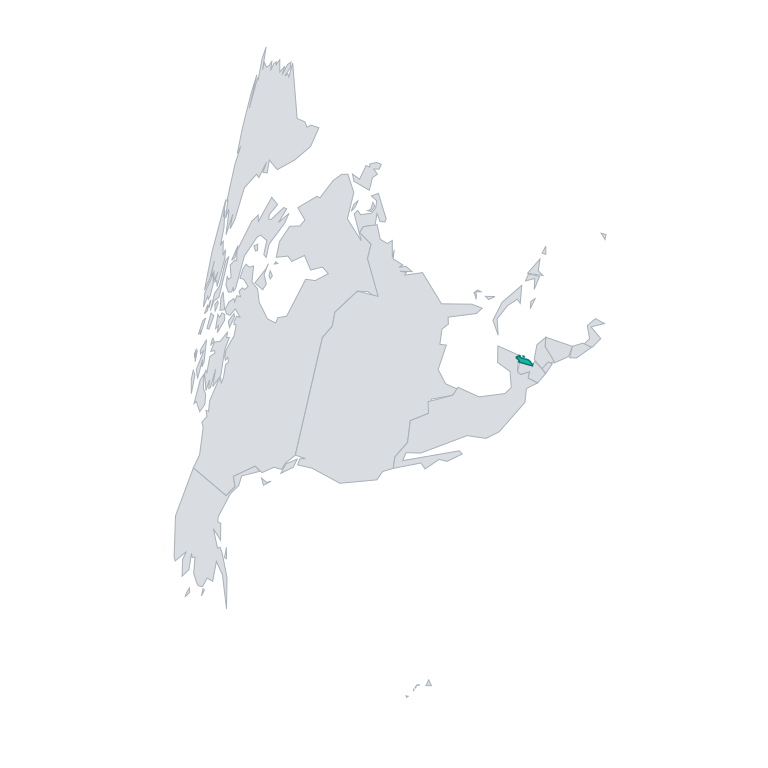 Belize highlighted on a map of North America, rotated 284°
{"feature_id": "BLZ", "entity_name": "Belize", "entity_type": "country or territory", "adm_level": 0, "iso_a3": "BLZ", "parent_name": "North America", "parent_adm1": "", "projection": "equal_earth", "projection_center": [-88.465, 17.185], "detail": "fine", "context": "in_parent", "style": "filled", "palette": "teal", "viewbox_px": 768, "rotation_deg": 284, "n_neighbors": 17, "source": "natural_earth", "source_scale": "50m", "svg_char_len": 9750}
<svg xmlns="http://www.w3.org/2000/svg" viewBox="0 0 768 768"><g transform="rotate(284 384 384)"><path d="M293.6,315.2L283.4,307.5L276.3,305.2L276.6,297.3L268.5,287.1L273.1,278.9L257.9,260.2L248.5,264.3L237.4,257.8L256.5,219.3L270.8,222.2L298.4,219.0L302.9,216.5L309.8,220.1L315.4,217.7L314.9,220.4L325.3,218.9L346.3,222.2L350.6,224.0L345.1,225.9L351.4,226.7L364.4,225.6L367.7,227.9L372.0,225.9L368.7,224.3L371.3,223.1L378.6,222.5L394.7,226.9L405.6,226.3L405.4,224.0L408.6,223.4L414.0,224.6L413.8,228.2L421.0,221.6L413.4,217.9L414.0,214.1L418.2,211.7L426.1,213.7L430.7,217.6L427.5,219.3L434.1,220.0L434.0,223.7L438.8,220.9L443.0,223.2L442.0,226.0L445.5,228.6L451.7,222.6L451.8,218.6L462.0,219.4L466.9,221.2L464.7,225.0L467.0,228.9L451.2,231.1L445.7,238.3L433.0,243.2L419.1,255.1L416.9,264.1L422.7,264.9L426.1,273.1L466.7,282.7L467.7,292.3L477.6,303.2L482.6,296.0L476.8,285.2L489.5,275.8L480.6,264.8L484.9,259.9L480.9,248.8L497.0,248.2L514.2,254.4L516.9,264.1L524.0,267.6L534.2,257.7L550.0,273.7L549.1,276.8L569.1,285.4L577.2,292.3L578.8,298.2L562.5,308.4L535.4,308.5L517.4,327.3L541.9,313.9L546.1,316.6L542.6,320.3L546.8,330.6L552.9,333.4L560.1,332.6L563.5,326.3L567.6,332.4L544.9,346.1L541.4,345.7L540.7,340.8L547.8,336.0L535.9,336.9L531.7,325.9L525.1,323.8L516.6,337.6L501.7,337.7L468.8,357.1L465.5,355.3L469.8,346.0L467.6,335.7L441.8,319.0L427.7,319.9L414.2,313.0L293.6,315.2ZM458.4,248.2L461.2,246.2L466.4,246.2L462.0,249.5L458.4,248.2ZM471.0,208.9L467.2,206.2L483.0,208.8L475.7,208.7L471.0,208.9ZM475.2,251.8L473.9,248.5L476.5,249.5L475.2,251.8ZM424.3,202.5L422.4,203.6L413.5,202.6L420.3,200.6L424.3,202.5ZM423.9,195.9L416.3,195.8L415.5,195.1L422.1,195.2L423.9,195.9ZM408.7,192.8L418.5,193.8L412.7,195.1L408.7,192.8ZM470.2,202.6L428.2,202.9L423.5,198.9L413.0,197.8L431.1,197.7L439.0,200.7L465.7,200.5L470.2,202.6ZM362.8,194.6L372.0,194.7L359.9,195.4L362.8,194.6ZM367.2,192.8L373.0,193.4L363.6,193.8L367.2,192.8ZM580.1,302.6L576.7,310.7L591.6,313.8L591.1,317.8L594.0,316.9L597.2,323.3L596.4,328.2L591.4,327.4L590.1,322.1L586.0,326.9L581.5,322.8L568.4,322.9L573.4,305.8L580.1,302.6ZM450.9,234.3L467.3,241.6L472.8,242.7L461.4,241.1L452.5,245.6L446.1,243.5L450.9,234.3ZM467.9,211.3L477.7,209.1L510.1,216.4L517.5,221.1L511.4,222.8L538.0,229.9L532.3,237.3L520.7,231.7L516.1,232.2L516.1,234.5L531.0,244.1L530.4,247.2L515.2,242.6L526.6,250.5L516.0,248.7L492.0,238.7L478.3,239.1L480.4,236.1L494.9,235.5L498.6,228.2L495.7,225.3L474.7,217.6L440.7,216.8L437.8,215.6L441.4,214.1L436.5,214.0L435.5,210.7L441.6,206.7L450.3,205.9L447.9,207.8L450.6,209.8L462.2,206.0L468.3,209.2L467.9,211.3ZM415.8,207.0L428.1,205.0L434.5,205.7L417.6,211.3L415.8,207.0ZM328.0,199.4L341.6,195.9L351.2,195.6L347.3,198.3L328.0,199.4ZM256.6,291.6L263.1,287.9L260.1,293.8L262.5,298.0L256.6,291.6ZM386.8,191.9L401.6,192.9L405.0,195.0L387.4,193.9L390.6,193.2L386.8,191.9ZM290.1,317.9L281.3,316.1L272.3,305.5L282.7,308.1L290.1,317.9ZM319.0,204.4L343.6,204.7L349.9,206.9L336.3,209.8L330.7,213.5L321.0,215.1L312.5,211.9L321.6,206.2L319.0,204.4ZM372.2,197.6L384.2,201.1L361.7,204.1L356.5,203.2L363.7,202.0L344.1,201.8L352.8,198.4L373.0,201.1L368.9,198.6L372.2,197.6ZM373.7,208.0L383.6,209.3L385.9,214.8L396.9,219.7L391.1,220.0L391.8,222.7L379.5,221.2L352.8,223.5L340.0,218.4L357.7,217.0L338.7,216.4L337.2,215.1L345.7,213.7L334.6,212.9L350.8,207.3L354.1,207.9L352.0,209.4L368.4,208.4L373.4,212.6L375.4,211.3L373.7,208.0ZM400.6,209.2L397.1,207.2L411.3,206.0L408.8,208.3L413.8,209.7L413.0,212.6L407.2,213.9L393.4,209.8L400.6,209.2ZM380.1,206.5L384.7,206.4L387.1,207.0L383.7,209.1L380.1,206.5ZM395.0,198.8L410.9,199.0L409.1,202.4L394.9,200.9L395.0,198.8ZM415.1,190.2L428.9,188.1L449.9,191.8L439.6,194.1L427.2,194.0L423.7,193.1L426.4,191.7L415.1,190.2ZM431.6,187.1L470.1,185.2L524.9,185.9L507.1,187.7L514.0,187.7L496.7,190.9L478.5,191.8L483.0,192.1L480.8,192.5L483.6,193.5L469.9,196.6L476.1,197.7L467.5,199.2L438.1,198.5L443.7,196.7L442.1,195.0L452.8,195.8L443.1,193.9L452.2,191.8L446.3,190.0L462.5,189.6L444.2,189.5L431.6,187.1ZM489.2,227.6L483.0,229.0L481.9,227.1L486.4,224.4L489.2,227.6ZM407.2,217.7L416.0,221.4L413.7,222.7L401.4,220.4L407.2,217.7ZM543.7,310.4L550.9,311.3L556.0,314.6L548.1,313.0L543.7,310.4ZM548.2,326.1L550.1,328.8L557.5,329.4L554.1,332.1L548.2,329.7L548.2,326.1Z" fill="#d9dde1" stroke="#a8b0b8" stroke-width="1"/><path d="M293.6,315.2L414.2,313.0L427.7,319.9L441.8,319.0L467.6,335.7L467.6,357.1L501.7,337.7L516.6,337.6L525.1,323.8L531.7,325.9L536.9,338.8L523.5,345.3L521.1,353.2L525.3,357.3L508.7,361.5L516.7,361.5L507.6,362.6L504.0,373.5L500.9,370.2L503.5,376.8L499.8,384.1L497.3,372.3L497.7,378.8L494.6,377.8L501.4,394.4L475.7,420.4L482.7,449.9L481.3,460.9L474.7,456.6L464.4,430.0L457.7,432.0L451.4,427.0L436.0,428.6L436.8,435.1L411.2,433.0L399.1,443.7L396.8,456.8L389.6,453.3L380.8,433.6L366.3,434.3L354.8,418.4L333.0,421.0L316.0,412.2L304.4,413.4L298.8,403.9L289.3,400.3L277.0,365.2L284.9,334.7L284.6,319.7L291.2,320.5L292.5,325.8L293.6,315.2ZM256.5,219.3L237.4,257.8L248.5,264.3L257.9,260.2L273.1,278.9L269.2,284.5L260.4,268.1L250.4,267.6L240.2,261.4L214.9,255.2L210.1,256.1L209.3,259.3L192.9,263.2L202.3,253.4L184.3,262.3L186.0,264.5L180.5,268.0L158.1,278.5L127.7,285.6L159.8,273.4L171.3,264.3L151.2,265.5L152.8,259.3L143.4,256.9L143.4,252.4L146.6,249.8L154.2,245.2L170.3,242.5L169.3,239.8L173.2,238.2L156.6,239.6L148.7,234.6L164.7,231.0L173.6,232.8L161.8,224.2L165.3,222.2L205.7,213.6L256.5,219.3ZM129.3,242.4L133.6,242.8L139.1,244.5L135.0,245.9L129.3,242.4ZM101.6,497.7L107.7,499.0L102.7,503.0L101.6,497.7ZM100.2,488.9L100.7,491.8L99.6,489.5L100.2,488.9ZM97.2,487.5L99.4,488.5L96.7,488.3L97.2,487.5ZM92.9,486.9L95.3,486.8L95.0,487.2L92.9,486.9ZM86.7,480.7L86.9,483.0L85.4,481.8L86.7,480.7ZM134.3,258.2L141.5,257.9L140.7,259.6L134.3,258.2ZM177.0,271.3L187.4,270.6L176.4,273.5L177.0,271.3Z" fill="#d9dde1" stroke="#a8b0b8" stroke-width="1"/><path d="M525.6,497.6L526.1,508.9L512.1,506.9L522.8,504.7L518.2,496.3L525.6,497.6Z" fill="#d9dde1" stroke="#a8b0b8" stroke-width="1"/><path d="M527.7,512.0L526.2,496.5L543.0,505.1L531.2,506.3L527.7,512.0Z" fill="#d9dde1" stroke="#a8b0b8" stroke-width="1"/><path d="M488.4,452.9L493.5,450.2L493.7,451.9L488.4,452.9ZM493.7,448.9L497.7,451.8L497.0,456.5L496.1,452.2L493.7,448.9ZM491.2,465.1L493.6,461.2L495.7,470.5L491.2,465.1Z" fill="#d9dde1" stroke="#a8b0b8" stroke-width="1"/><path d="M572.2,185.9L596.9,184.7L632.9,184.7L653.3,185.8L619.2,186.6L650.8,187.3L648.1,188.3L670.4,187.0L682.6,188.1L659.5,190.1L667.0,190.2L663.1,193.1L665.3,195.6L670.5,197.2L660.7,198.1L667.9,199.4L670.5,201.7L667.2,202.0L673.4,204.4L661.5,207.4L668.4,210.9L659.5,210.4L670.7,213.2L673.9,215.9L668.2,216.6L659.0,213.3L661.7,215.6L658.9,217.4L673.2,217.8L620.6,235.5L619.2,243.7L614.5,247.2L617.5,250.6L616.9,258.8L596.7,255.3L579.7,243.1L566.2,228.6L573.5,218.5L560.5,219.6L560.1,215.4L570.8,216.3L554.0,212.6L556.7,209.6L540.6,201.0L507.3,199.5L497.3,197.1L512.2,196.2L490.6,194.6L514.4,191.7L515.4,190.9L506.6,190.2L524.4,188.0L522.8,187.3L560.9,186.2L580.0,187.5L572.2,185.9Z" fill="#d9dde1" stroke="#a8b0b8" stroke-width="1"/><path d="M304.4,413.4L316.0,412.2L333.0,421.0L354.8,418.4L366.3,434.3L377.5,431.0L389.6,453.3L398.7,456.6L394.5,479.3L404.0,503.6L411.3,508.3L426.6,503.3L432.3,489.0L448.5,485.3L444.6,507.5L428.6,510.5L426.3,514.3L431.3,522.4L424.8,522.4L422.3,532.8L414.0,523.3L400.3,525.2L365.5,507.3L355.9,496.1L354.0,477.1L325.9,436.4L322.7,422.1L314.2,420.7L337.4,473.2L335.0,476.8L324.2,464.0L324.1,455.6L311.5,444.4L316.3,438.9L304.4,413.4Z" fill="#d9dde1" stroke="#a8b0b8" stroke-width="1"/><path d="M498.6,573.3L496.0,583.3L489.5,571.0L480.5,583.3L470.3,577.4L469.9,567.7L477.6,572.5L489.9,567.2L498.6,573.3Z" fill="#d9dde1" stroke="#a8b0b8" stroke-width="1"/><path d="M471.8,567.1L469.7,576.4L455.8,564.5L454.4,557.9L466.1,557.6L471.8,567.1Z" fill="#d9dde1" stroke="#a8b0b8" stroke-width="1"/><path d="M466.1,557.6L455.5,556.6L445.5,544.0L459.4,531.1L468.5,529.7L466.1,557.6Z" fill="#d9dde1" stroke="#a8b0b8" stroke-width="1"/><path d="M468.5,529.7L459.4,531.1L447.3,543.5L436.9,533.6L444.3,523.8L459.1,522.9L468.5,529.7Z" fill="#d9dde1" stroke="#a8b0b8" stroke-width="1"/><path d="M436.9,533.6L445.2,538.0L444.3,542.4L433.1,538.3L436.9,533.6Z" fill="#d9dde1" stroke="#a8b0b8" stroke-width="1"/><path d="M422.3,532.8L424.8,522.4L431.3,522.4L426.3,514.3L428.6,510.5L438.0,510.5L437.5,523.6L442.6,524.7L436.9,533.6L433.1,538.3L422.3,532.8Z" fill="#d9dde1" stroke="#a8b0b8" stroke-width="1"/><path d="M549.2,505.7L556.9,507.7L548.9,509.6L549.2,505.7Z" fill="#d9dde1" stroke="#a8b0b8" stroke-width="1"/><path d="M492.5,507.7L499.8,506.5L503.4,510.0L492.5,507.7Z" fill="#d9dde1" stroke="#a8b0b8" stroke-width="1"/><path d="M472.2,474.3L491.8,478.8L513.1,493.8L495.2,496.7L498.5,492.9L490.1,485.0L474.6,478.0L458.9,483.0L472.2,474.3Z" fill="#d9dde1" stroke="#a8b0b8" stroke-width="1"/><path d="M577.6,563.5L582.8,558.2L582.8,563.3L577.6,563.5Z" fill="#d9dde1" stroke="#a8b0b8" stroke-width="1"/><path d="M437.9,510.5L437.9,509.9L438.0,509.4L438.5,509.2L439.0,509.6L439.2,509.8L439.4,509.7L439.7,509.5L440.0,508.7L440.8,507.3L441.1,506.2L441.4,506.0L441.9,506.0L442.3,506.0L442.0,506.8L442.3,506.9L442.5,506.8L443.1,506.9L443.3,507.7L443.3,508.4L442.7,510.3L442.7,510.9L442.4,511.9L442.7,512.5L442.4,513.4L442.3,513.9L442.3,514.7L442.5,516.3L442.2,518.5L441.7,519.5L441.4,519.9L440.9,520.9L440.3,521.2L439.3,522.7L439.2,523.1L439.2,523.6L438.1,523.5L437.5,523.6L437.6,521.9L437.6,519.3L437.7,517.3L437.8,515.5L437.8,514.1L437.9,512.1L437.9,510.5ZM444.0,509.7L443.8,509.9L444.0,509.5L444.0,509.2L444.3,508.2L444.5,508.2L444.5,508.3L444.0,509.7ZM444.5,513.2L444.1,514.1L444.1,513.8L444.3,513.1L444.5,512.9L444.6,512.6L444.7,512.3L444.8,512.5L444.8,512.8L444.5,513.2Z" fill="#14b8a6" stroke="#0f766e" stroke-width="1.5"/></g></svg>